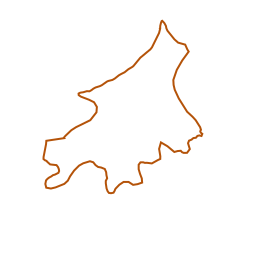 an SVG outline of Nassarawa, rotated 135°
{"feature_id": "NGA-2867", "entity_name": "Nassarawa", "entity_type": "State", "adm_level": 1, "iso_a3": "NGA", "parent_name": "Nigeria", "parent_adm1": "", "projection": "albers", "projection_center": [8.322, 8.561], "detail": "fine", "context": "isolated", "style": "outline", "palette": "amber", "viewbox_px": 256, "rotation_deg": 135, "n_neighbors": 0, "source": "natural_earth", "source_scale": "10m", "svg_char_len": 1933}
<svg xmlns="http://www.w3.org/2000/svg" viewBox="0 0 256 256"><g transform="rotate(135 128 128)"><path d="M228.0,143.6L226.0,146.9L223.0,148.9L220.8,149.0L218.7,148.7L216.5,148.0L214.4,147.7L212.6,146.7L208.9,145.5L207.1,146.3L205.9,148.0L205.1,149.9L204.8,152.3L208.8,157.3L209.0,161.1L208.9,162.4L209.5,163.8L209.7,165.8L208.2,167.2L197.4,174.5L194.8,176.7L180.5,166.1L180.5,166.5L177.8,166.7L169.6,166.5L164.1,165.3L149.1,160.2L139.2,161.4L135.1,164.9L133.8,170.2L135.6,175.6L139.1,183.4L139.6,186.1L138.6,187.3L138.1,187.2L137.2,186.9L136.3,186.4L134.5,185.0L131.0,183.1L129.3,181.2L127.1,180.6L124.7,180.3L122.3,179.6L118.3,177.5L116.3,176.8L110.0,175.7L108.7,175.2L105.0,173.0L102.4,172.3L97.1,171.7L94.6,171.0L91.0,169.8L86.2,169.3L82.4,168.3L81.5,168.1L80.2,168.0L69.6,169.0L56.5,167.8L54.0,168.1L38.9,173.2L35.0,175.5L35.0,175.9L34.4,176.1L33.0,177.4L30.4,179.0L28.6,179.8L28.0,179.6L28.1,176.5L29.0,173.4L30.4,171.3L31.3,168.9L32.5,157.9L32.2,152.9L28.6,146.5L30.5,141.6L31.1,139.1L41.9,137.4L52.4,134.6L62.0,129.9L65.3,126.2L67.9,122.0L71.2,113.0L74.7,97.7L74.4,90.4L74.6,85.7L76.4,77.6L77.7,75.1L78.6,74.9L79.5,74.3L79.8,72.8L79.6,71.3L81.7,70.4L82.8,72.3L84.5,73.3L86.9,73.1L88.8,74.6L90.0,74.8L91.2,74.8L93.8,75.9L96.3,74.8L99.2,69.4L103.8,68.7L106.2,71.0L106.9,72.7L106.8,74.6L109.2,76.6L112.2,78.3L113.0,87.2L114.9,94.5L120.8,91.2L125.1,85.2L127.1,83.3L129.5,84.2L136.2,86.1L139.2,90.0L140.7,91.4L141.6,93.1L143.5,94.9L146.4,94.5L149.6,91.3L151.9,87.1L153.9,82.6L156.6,79.4L160.9,81.5L164.6,84.2L165.7,89.4L169.3,93.0L174.2,94.0L179.3,93.9L180.5,93.7L181.7,93.1L184.0,92.5L186.1,93.9L187.4,95.6L187.1,97.7L185.9,100.4L182.8,104.6L181.1,106.3L178.3,107.2L176.6,109.9L174.7,112.2L173.4,115.4L174.9,119.0L176.7,121.6L177.2,124.7L176.8,128.3L178.4,131.4L184.6,134.7L189.2,136.0L196.2,136.0L203.1,134.8L207.8,133.3L212.5,133.5L221.2,137.2L225.3,139.7L228.0,143.6Z" fill="none" stroke="#b45309" stroke-width="2"/></g></svg>